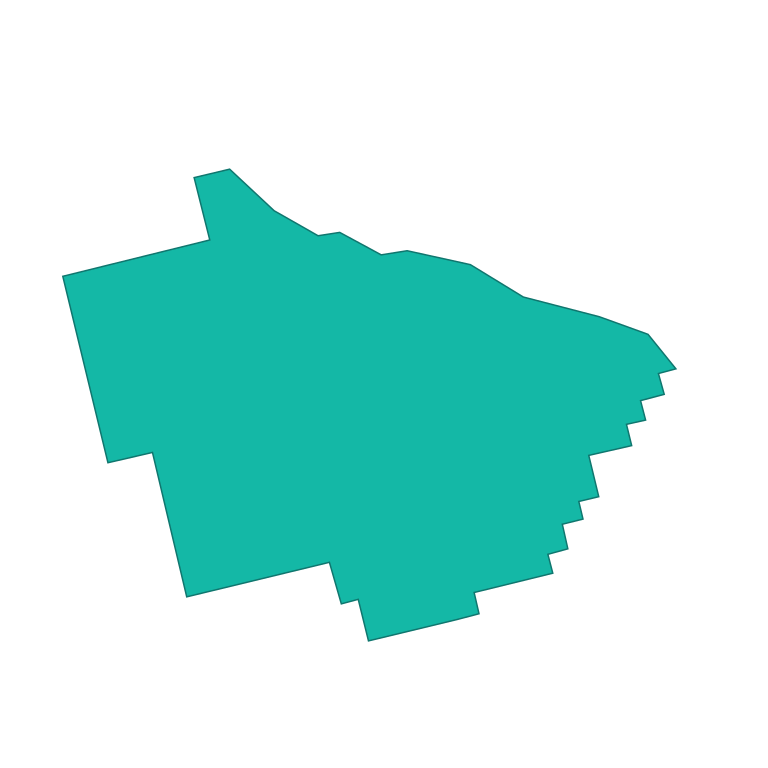 the district of Bacon, Georgia, United States of America, rotated 346°
{"feature_id": "52423323B99380284594024", "entity_name": "Bacon", "entity_type": "district", "adm_level": 2, "iso_a3": "USA", "parent_name": "United States of America", "parent_adm1": "Georgia", "projection": "mercator", "projection_center": [-82.395, 31.564], "detail": "fine", "context": "isolated", "style": "filled", "palette": "teal", "viewbox_px": 768, "rotation_deg": 346, "n_neighbors": 0, "source": "geoboundaries", "source_scale": "gbopen_adm2", "svg_char_len": 637}
<svg xmlns="http://www.w3.org/2000/svg" viewBox="0 0 768 768"><g transform="rotate(346 384 384)"><path d="M141.1,542.8L287.9,543.8L289.4,587.0L306.9,586.7L306.8,629.5L398.5,630.2L420.6,629.9L421.0,608.1L502.0,608.4L501.8,588.9L522.5,588.4L523.1,563.2L544.4,563.2L544.6,545.1L565.1,545.3L565.4,502.8L609.4,503.7L609.5,481.8L629.1,482.3L628.9,462.2L653.4,461.8L652.8,440.2L670.9,439.9L652.2,399.7L609.3,370.9L540.2,333.3L496.7,289.1L438.7,260.3L412.5,258.0L377.7,226.2L355.9,224.2L319.3,189.3L286.2,138.2L249.7,137.8L249.8,202.1L98.4,201.8L97.1,393.6L142.8,394.4L141.1,542.8Z" fill="#14b8a6" stroke="#0f766e" stroke-width="1.5"/></g></svg>